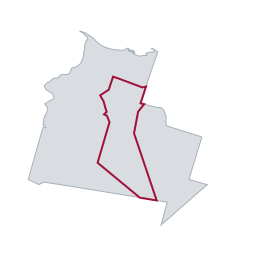 Adrar highlighted on a map of Mauritania, rotated 107°
{"feature_id": "MRT-2795", "entity_name": "Adrar", "entity_type": "Region", "adm_level": 1, "iso_a3": "MRT", "parent_name": "Mauritania", "parent_adm1": "", "projection": "albers", "projection_center": [-10.597, 21.416], "detail": "fine", "context": "in_parent", "style": "outline", "palette": "rose", "viewbox_px": 256, "rotation_deg": 107, "n_neighbors": 0, "source": "natural_earth", "source_scale": "10m", "svg_char_len": 3754}
<svg xmlns="http://www.w3.org/2000/svg" viewBox="0 0 256 256"><g transform="rotate(107 128 128)"><path d="M109.7,219.4L109.4,219.3L107.9,218.2L107.2,216.9L106.0,216.0L104.3,215.3L103.3,214.6L102.8,213.8L102.2,213.2L101.5,212.9L101.5,212.7L101.6,212.3L101.5,211.5L100.5,209.8L99.7,209.1L98.9,209.2L98.4,209.0L98.2,208.6L98.1,208.1L97.6,207.6L96.7,207.4L95.9,206.1L95.4,203.9L94.7,202.1L93.9,200.8L93.2,200.3L92.8,200.3L92.6,200.1L92.5,199.7L91.8,199.5L90.8,199.9L90.0,199.8L89.6,199.1L89.0,199.1L88.2,199.6L87.4,199.4L86.5,198.6L86.0,197.8L85.9,197.0L84.4,195.3L81.4,192.9L78.1,191.7L74.5,191.8L72.5,191.6L72.1,191.2L71.6,191.2L71.2,191.7L70.7,191.7L70.2,191.5L69.9,191.7L69.8,192.3L68.5,192.5L66.1,192.5L64.1,192.8L62.6,193.5L60.5,193.7L57.8,193.5L56.2,193.2L55.7,192.7L54.9,192.6L53.9,192.8L52.9,194.0L52.1,196.0L51.4,197.2L50.8,197.5L50.2,199.1L49.8,201.7L49.3,202.8L49.5,196.2L50.4,193.8L50.7,191.7L52.6,186.9L54.7,183.1L56.7,178.0L57.5,173.0L57.5,168.0L57.1,163.6L56.3,160.7L55.6,156.4L54.3,154.2L52.0,152.2L51.6,151.0L52.1,150.6L53.6,150.4L54.5,148.9L52.6,149.4L55.0,144.9L55.8,141.7L55.8,139.7L56.2,138.4L54.6,135.6L53.4,132.0L52.8,131.4L52.1,131.1L52.0,131.9L51.6,132.7L50.8,132.2L49.4,129.6L47.5,125.4L46.8,124.9L46.2,125.5L45.8,126.0L45.0,129.4L44.8,128.0L45.2,126.5L45.8,124.5L46.5,121.8L48.2,121.8L51.4,121.9L57.7,122.2L60.8,122.3L67.1,122.5L70.3,122.6L76.6,122.7L79.7,122.8L86.0,122.9L89.1,123.0L95.4,123.1L98.6,123.2L100.7,123.2L100.6,121.2L100.5,119.7L100.4,117.6L100.3,115.5L100.2,113.4L100.1,111.5L100.0,109.5L99.9,107.7L99.9,106.0L99.7,105.1L99.1,103.2L98.9,102.2L99.1,101.2L99.6,100.3L100.8,98.6L102.7,97.3L104.8,95.8L106.5,94.7L107.3,94.4L109.8,94.1L111.8,93.2L113.8,92.4L114.6,91.9L114.7,90.3L115.0,54.7L124.4,54.7L126.9,54.7L144.2,54.7L146.7,54.7L159.3,54.6L159.3,52.9L159.3,50.5L159.2,47.2L159.2,43.9L159.1,38.1L159.1,35.6L161.6,37.2L166.6,40.4L169.1,42.0L174.1,45.1L179.2,48.3L184.2,51.4L186.8,53.0L189.3,54.6L191.9,56.1L194.4,57.7L199.5,60.8L201.7,62.1L205.0,64.2L208.0,66.1L211.2,68.0L206.5,68.2L200.2,68.4L195.9,68.6L191.6,68.7L187.5,68.8L187.9,72.1L188.4,75.8L188.8,79.4L189.3,83.1L189.8,86.8L191.3,97.7L191.7,101.4L192.2,105.0L192.7,108.7L193.2,112.3L194.2,119.7L194.7,123.3L195.2,127.0L195.7,130.6L196.2,134.3L196.7,137.9L197.7,145.3L198.2,148.9L198.7,152.6L199.2,156.2L199.7,159.9L200.2,163.5L200.7,167.2L201.2,170.8L202.2,178.1L202.8,181.8L203.3,185.4L203.8,189.1L204.3,192.6L206.0,194.4L208.2,196.7L207.7,200.0L207.1,203.9L206.5,208.3L200.5,208.5L194.7,208.6L180.2,209.0L177.2,209.0L162.7,209.3L159.8,209.3L154.2,209.4L152.5,209.3L151.9,208.9L151.7,206.7L151.2,206.9L150.6,207.5L150.3,208.2L150.4,209.2L150.3,210.0L148.4,210.3L145.9,210.8L143.2,211.2L140.6,211.1L139.6,210.9L138.7,210.6L136.5,210.3L135.4,210.3L134.0,210.4L132.5,210.5L131.9,210.9L130.8,212.6L129.6,214.5L128.8,214.5L128.0,213.5L125.7,211.5L122.9,208.8L121.6,207.5L121.0,207.4L119.6,208.3L118.5,209.2L117.3,210.4L116.7,211.6L116.3,213.1L116.1,214.8L115.6,216.7L114.6,218.3L113.4,219.5L112.6,220.1L112.2,220.4L109.7,219.4ZM53.7,146.0L52.8,147.4L52.4,146.8L52.3,145.9L53.1,144.6L53.5,143.9L54.2,143.7L53.7,146.0Z" fill="#d9dde1" stroke="#a8b0b8" stroke-width="1"/><path d="M83.1,122.9L86.9,123.0L90.8,123.0L94.0,123.1L96.5,123.1L98.1,123.2L98.7,123.2L100.7,123.2L100.6,120.8L100.5,119.5L100.9,119.7L109.4,123.1L131.3,120.7L188.9,79.4L189.0,80.3L189.3,82.3L189.6,84.3L189.7,85.3L189.9,87.0L190.2,88.8L190.4,90.6L190.6,92.3L190.9,94.1L191.1,95.9L191.2,96.3L191.1,96.5L170.3,146.5L170.1,146.9L128.1,147.4L127.8,147.4L122.7,151.6L122.4,151.8L122.1,154.3L122.0,154.9L118.8,153.1L115.9,155.2L109.5,159.2L107.9,161.0L104.9,164.2L97.0,157.6L83.3,157.3L83.4,153.2L83.5,151.0L85.0,126.1L84.7,125.7L83.1,122.9Z" fill="none" stroke="#9f1239" stroke-width="2"/></g></svg>